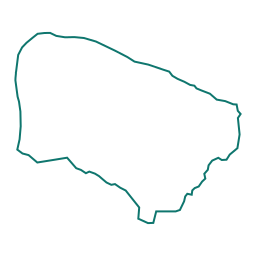 Barh-Signaka, Guéra, Chad
{"feature_id": "50815135B50589595383303", "entity_name": "Barh-Signaka", "entity_type": "district", "adm_level": 2, "iso_a3": "TCD", "parent_name": "Chad", "parent_adm1": "Guéra", "projection": "robinson", "projection_center": [18.652, 10.779], "detail": "fine", "context": "isolated", "style": "outline", "palette": "teal", "viewbox_px": 256, "rotation_deg": 0, "n_neighbors": 0, "source": "geoboundaries", "source_scale": "gbopen_adm2", "svg_char_len": 1265}
<svg xmlns="http://www.w3.org/2000/svg" viewBox="0 0 256 256"><path d="M17.3,149.6L22.5,153.5L28.6,155.1L37.3,162.5L54.2,159.8L67.1,157.7L76.2,168.2L80.9,169.9L85.9,173.2L89.3,171.6L94.9,173.6L99.0,176.1L102.6,179.2L106.5,182.5L111.3,184.8L115.0,184.1L120.2,187.7L125.7,190.5L139.2,207.5L138.3,218.7L148.0,223.1L153.3,222.9L156.2,211.4L175.7,211.4L179.5,210.1L179.9,210.0L184.1,201.3L185.2,196.5L187.0,194.2L187.3,193.8L191.7,194.7L192.3,190.4L194.7,188.1L198.7,186.5L202.1,181.6L205.3,178.6L204.3,173.8L207.8,169.8L208.6,165.3L212.2,160.6L218.3,157.8L221.8,160.0L226.5,159.7L229.1,155.6L229.7,154.6L235.6,149.7L236.3,149.1L236.9,148.6L237.2,148.3L237.4,148.2L239.6,134.5L237.9,118.0L240.6,114.0L237.8,110.8L236.6,104.5L233.2,104.3L230.5,103.2L225.2,101.1L216.7,99.6L209.9,93.7L201.3,90.4L196.5,88.4L194.4,85.7L193.3,85.5L191.7,85.2L190.1,84.9L184.4,81.8L180.0,79.9L177.5,78.8L172.4,75.8L169.2,71.6L163.3,69.7L148.3,64.6L134.5,61.6L127.3,57.0L114.7,50.5L105.1,45.9L95.9,41.5L83.9,38.0L74.4,37.1L65.1,37.3L56.3,35.9L50.1,32.9L44.5,33.0L37.6,33.8L32.3,38.0L26.5,42.8L22.1,47.4L18.2,54.9L16.1,71.5L15.9,72.5L15.9,73.2L15.9,73.7L15.5,77.9L15.4,80.3L17.6,96.7L19.0,101.6L20.4,111.5L20.7,126.3L19.6,139.3L17.3,149.6Z" fill="none" stroke="#0f766e" stroke-width="2"/></svg>